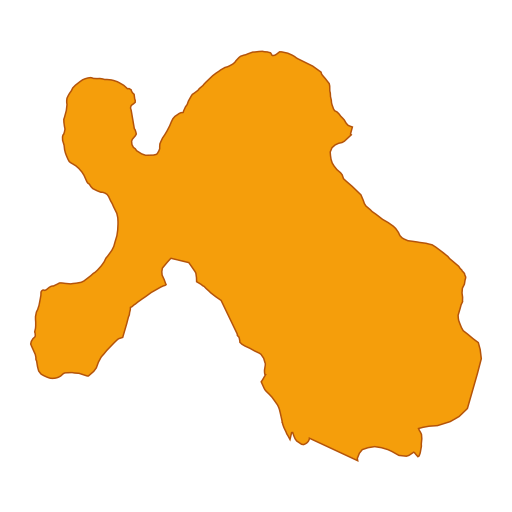 outline of Bois D'Orange/Trouya, Gros Islet, Saint Lucia
{"feature_id": "8701671B8810495152060", "entity_name": "Bois D'Orange/Trouya", "entity_type": "district", "adm_level": 2, "iso_a3": "LCA", "parent_name": "Saint Lucia", "parent_adm1": "Gros Islet", "projection": "mercator", "projection_center": [-60.971, 14.062], "detail": "fine", "context": "isolated", "style": "filled", "palette": "amber", "viewbox_px": 512, "rotation_deg": 0, "n_neighbors": 0, "source": "geoboundaries", "source_scale": "gbopen_adm2", "svg_char_len": 5918}
<svg xmlns="http://www.w3.org/2000/svg" viewBox="0 0 512 512"><path d="M351.3,134.8L350.5,134.0L352.4,127.0L349.3,125.9L347.8,125.1L345.9,122.8L344.3,120.0L342.6,118.1L340.7,116.2L339.0,113.9L337.1,112.0L334.6,110.7L333.5,108.9L331.9,104.4L331.5,102.6L331.3,100.2L330.5,96.7L330.3,93.1L329.8,91.0L329.7,86.0L329.2,83.6L327.4,81.3L325.4,78.7L323.4,76.4L321.7,74.3L321.0,72.1L312.7,66.1L297.7,58.7L296.2,57.8L294.7,56.6L292.1,55.1L287.8,53.2L281.8,51.9L279.6,51.8L276.4,54.3L274.9,55.2L272.8,55.6L272.0,55.3L271.5,54.3L270.5,52.8L267.1,51.9L264.8,51.8L262.3,51.3L259.0,51.5L254.9,52.0L252.7,52.1L247.7,53.9L245.6,54.8L244.0,55.1L240.5,56.3L238.9,57.6L235.9,60.8L235.2,61.9L233.4,63.6L232.2,64.4L229.6,65.8L227.7,66.7L225.7,67.3L225.1,67.4L220.7,69.9L219.3,71.0L216.1,73.1L212.7,75.7L205.7,82.4L203.8,84.4L203.0,85.5L199.3,88.6L198.0,90.3L194.3,93.1L192.3,94.4L191.2,96.1L188.4,101.1L187.2,104.5L185.5,106.8L183.6,111.0L183.2,112.4L182.7,112.6L181.2,112.6L179.3,113.4L174.9,116.4L172.9,118.7L171.4,121.7L169.7,125.8L167.0,131.0L164.8,134.7L162.5,138.1L160.9,141.5L159.9,143.9L159.7,146.5L159.7,148.7L158.9,150.8L157.6,153.1L156.6,154.3L153.5,155.1L145.6,155.3L141.5,153.8L136.6,150.7L135.3,148.8L133.4,147.4L131.9,144.5L131.6,141.1L132.4,139.2L135.4,135.7L136.3,134.0L135.9,132.3L135.2,130.0L134.3,128.6L131.2,110.4L130.5,108.0L130.9,106.1L132.0,104.8L133.4,103.9L135.2,102.3L135.2,100.3L134.7,98.9L134.1,94.3L132.5,92.8L131.5,91.1L131.2,89.9L129.2,88.6L127.4,88.7L126.6,87.9L123.7,85.3L119.4,82.8L117.3,81.7L113.7,80.5L111.1,79.9L107.0,79.5L104.7,79.5L102.5,78.9L99.9,78.5L97.0,78.6L93.3,78.4L91.8,77.8L90.4,77.6L87.8,78.0L85.0,78.8L82.6,79.8L80.3,81.4L75.4,85.2L72.7,88.0L71.4,90.7L69.5,93.4L68.3,95.5L67.0,98.2L66.7,100.6L66.7,102.4L67.0,104.6L66.3,110.6L64.5,117.3L63.8,119.3L63.9,122.2L64.4,126.1L65.0,129.1L64.4,132.1L63.7,134.2L63.0,135.0L62.5,136.9L62.6,140.3L64.1,145.3L64.6,149.7L65.4,152.9L66.4,155.6L68.0,159.3L69.2,161.5L70.5,162.6L75.7,165.7L78.9,168.5L81.9,172.0L84.0,175.3L86.9,181.8L87.9,183.2L89.4,184.2L90.9,186.6L92.8,188.6L97.2,190.8L100.7,192.2L102.8,192.3L105.0,193.1L107.1,194.4L108.6,196.5L110.7,201.0L112.3,203.8L113.5,206.6L116.8,213.3L117.8,217.8L118.0,221.6L118.0,224.2L117.7,230.1L116.9,235.7L115.2,241.4L113.8,246.4L111.8,250.4L107.6,256.2L106.1,257.9L105.4,259.2L104.3,261.6L102.5,264.2L101.1,266.1L97.5,270.1L95.1,272.3L93.3,273.4L90.8,275.7L83.9,281.0L81.2,282.3L76.2,283.2L73.0,283.5L70.7,283.9L65.1,283.4L62.2,283.0L59.9,282.9L59.0,283.2L57.6,284.0L53.2,286.1L52.3,286.0L50.7,286.5L49.2,287.4L46.5,289.6L45.4,290.2L44.6,290.4L43.9,290.1L43.0,290.0L41.9,290.7L41.4,291.3L41.0,292.1L40.9,295.2L40.3,298.7L39.0,305.5L38.3,307.5L37.7,309.5L36.9,311.0L36.4,312.1L35.5,316.6L35.5,319.3L35.7,322.1L35.7,325.8L35.5,328.3L34.7,331.9L35.1,333.2L35.3,335.4L35.1,336.6L34.4,337.4L33.0,338.6L31.3,341.4L30.7,344.0L31.5,346.0L35.3,354.5L35.9,357.5L35.9,359.2L36.1,360.0L36.5,360.7L36.7,361.5L37.5,366.5L38.2,369.3L38.7,371.0L39.6,372.2L40.8,373.8L41.4,374.3L43.9,375.7L47.2,377.2L48.9,377.8L50.2,378.2L52.4,378.4L55.0,378.2L56.8,377.8L58.5,377.2L60.7,376.0L63.0,373.9L64.1,373.2L65.0,372.9L66.2,372.8L70.8,372.6L72.3,372.6L74.6,373.0L79.0,373.3L86.0,375.6L87.3,376.0L88.4,376.0L93.7,371.4L96.3,367.9L98.4,362.2L101.0,357.3L102.3,355.7L103.6,354.3L106.7,350.5L114.4,342.5L117.1,339.9L118.6,338.7L122.7,337.4L126.7,323.7L128.4,317.1L129.3,314.9L129.6,312.5L130.3,309.7L130.4,307.4L131.8,306.8L134.5,304.5L135.3,304.1L137.7,302.1L142.2,298.9L145.6,296.6L151.2,292.5L154.2,290.8L160.7,287.1L163.3,285.9L165.0,285.4L165.8,284.9L166.1,284.6L165.5,283.3L164.2,279.7L162.1,275.1L161.8,271.7L162.4,268.1L167.3,262.2L170.0,259.2L171.0,258.3L188.8,262.6L191.0,265.7L195.2,271.8L195.9,273.3L196.5,277.8L196.6,281.7L200.7,284.1L203.0,285.9L204.1,286.4L206.1,288.5L209.0,291.1L210.7,292.8L215.6,296.6L221.1,300.4L237.4,334.3L237.2,335.0L237.9,336.1L238.7,336.8L239.2,337.9L239.8,340.8L239.9,342.3L241.9,344.2L244.9,346.0L249.9,348.3L254.7,351.0L259.4,353.2L261.0,354.3L263.7,358.3L264.9,362.4L265.3,363.4L265.3,365.1L264.5,370.0L264.5,371.3L264.6,373.1L264.9,374.4L265.6,374.6L262.2,380.4L261.2,381.8L264.1,388.2L264.9,389.7L266.2,391.3L269.4,394.4L272.0,397.2L275.1,401.5L277.5,404.9L278.1,406.1L278.8,407.7L279.4,409.4L280.2,412.6L282.1,421.1L282.1,422.5L282.4,422.7L282.7,424.0L283.2,425.6L284.0,427.7L286.1,432.1L286.8,433.9L288.0,435.8L290.0,439.5L291.6,432.6L292.7,432.5L293.8,435.8L295.1,438.8L296.7,441.0L299.7,443.0L300.8,443.8L301.7,444.3L303.6,444.6L305.4,443.8L306.7,443.0L307.8,441.9L308.6,440.8L309.1,439.6L309.4,438.7L309.4,438.2L357.7,460.7L357.3,458.4L359.4,453.2L362.3,449.6L368.0,447.7L374.7,446.6L381.5,447.7L387.9,449.6L391.8,451.4L398.9,455.4L406.4,456.2L408.9,455.4L413.7,452.2L414.5,452.7L416.3,454.9L417.9,456.7L419.1,455.9L420.1,453.2L420.4,451.8L421.4,446.2L421.3,444.0L421.8,438.8L421.5,434.6L421.3,434.0L420.4,432.1L419.5,430.7L418.5,428.5L423.0,427.3L429.1,426.2L437.5,425.6L450.2,421.6L459.1,416.5L467.4,408.5L477.4,373.6L481.3,358.7L480.2,349.6L478.3,342.6L473.2,338.8L467.6,334.1L463.2,330.7L461.4,327.5L459.6,323.0L458.7,320.5L458.3,318.2L458.1,315.3L460.1,308.5L461.1,304.8L462.6,301.6L462.5,301.0L462.6,297.2L462.0,293.0L462.4,288.2L464.4,284.2L465.1,279.9L465.7,277.8L465.6,276.7L464.8,275.0L464.5,273.6L463.7,272.5L462.2,271.0L461.8,270.1L459.9,268.2L459.6,267.6L458.6,266.2L449.6,258.6L447.8,256.4L442.3,252.1L445.4,254.5L443.6,253.0L435.6,247.0L432.1,244.8L428.7,244.0L426.1,243.3L418.7,242.3L418.0,242.1L412.5,241.3L407.9,240.7L404.0,239.0L402.1,237.9L399.9,235.6L398.4,232.4L395.7,228.5L393.3,226.2L388.2,222.6L382.6,219.4L375.9,214.2L372.0,211.5L370.5,209.9L365.9,206.0L364.4,203.6L363.2,200.2L360.9,194.8L352.2,186.4L346.2,181.2L343.5,178.7L342.2,174.9L340.6,172.8L336.9,169.6L334.1,166.1L332.2,163.0L331.0,159.2L330.5,155.7L330.2,152.0L332.0,147.7L335.2,144.9L338.6,143.3L342.1,142.5L344.4,141.2L351.3,134.8Z" fill="#f59e0b" stroke="#b45309" stroke-width="1.5"/></svg>